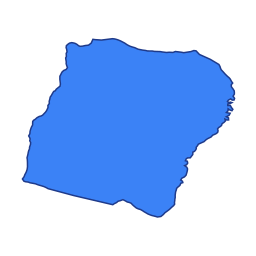 the district of Eldorado, Mato Grosso do Sul, Brazil, rotated 267°
{"feature_id": "56859067B95326418137192", "entity_name": "Eldorado", "entity_type": "district", "adm_level": 2, "iso_a3": "BRA", "parent_name": "Brazil", "parent_adm1": "Mato Grosso do Sul", "projection": "robinson", "projection_center": [-54.224, -23.74], "detail": "fine", "context": "isolated", "style": "filled", "palette": "blue", "viewbox_px": 256, "rotation_deg": 267, "n_neighbors": 0, "source": "geoboundaries", "source_scale": "gbopen_adm2", "svg_char_len": 3203}
<svg xmlns="http://www.w3.org/2000/svg" viewBox="0 0 256 256"><g transform="rotate(267 128 128)"><path d="M202.2,165.9L202.6,164.3L203.1,158.4L203.6,156.3L203.9,151.6L204.5,149.6L205.0,146.8L206.2,142.1L207.8,139.1L208.8,136.2L209.7,134.0L211.1,131.6L213.0,129.1L215.3,125.2L216.5,122.7L217.1,121.1L217.6,119.5L218.0,117.2L217.2,106.0L218.0,99.6L218.4,97.6L214.7,95.7L212.8,92.9L212.6,89.6L212.1,86.7L212.1,84.3L212.8,82.9L214.1,81.5L215.1,80.0L215.7,78.4L216.2,76.2L215.8,74.0L214.8,72.4L213.5,70.8L211.5,70.4L209.6,70.9L207.2,71.1L205.8,70.2L204.1,70.2L202.6,70.2L201.2,69.4L199.1,69.6L197.2,69.8L195.5,69.6L193.7,70.0L191.5,70.7L189.7,69.3L188.9,67.0L187.6,65.3L186.3,64.4L184.6,63.5L183.3,62.7L181.7,62.6L180.1,62.5L178.6,62.6L175.5,62.8L173.3,62.3L172.2,60.7L170.5,58.4L169.0,57.3L168.4,55.7L166.5,54.4L164.4,53.1L162.9,51.9L161.2,51.5L158.8,50.7L156.6,50.7L154.7,49.2L152.7,49.2L151.1,48.4L149.5,47.5L148.1,46.4L146.7,44.9L145.2,43.3L144.5,41.7L144.2,40.0L143.1,37.7L141.6,35.9L140.7,34.2L139.6,33.2L137.7,33.0L136.0,32.9L133.9,31.6L131.8,30.7L129.7,30.0L127.4,29.7L125.3,28.4L123.7,29.2L122.2,29.7L120.4,29.2L118.7,30.0L116.8,29.8L114.1,28.7L112.2,28.5L110.7,27.7L109.2,27.2L107.0,26.7L103.5,25.6L101.8,25.8L99.1,25.8L94.5,25.6L91.9,25.1L89.2,24.0L86.7,22.5L84.8,21.7L82.6,19.9L80.3,21.3L79.7,22.8L79.2,25.6L78.4,27.3L77.9,29.5L77.1,32.7L76.3,34.4L75.6,36.2L75.0,38.0L73.9,41.0L72.7,43.3L71.6,45.0L63.4,70.2L52.2,108.8L53.2,110.4L54.1,112.6L55.4,114.3L55.8,116.4L56.7,119.2L55.4,121.5L54.2,123.3L53.5,125.6L52.6,127.3L51.2,128.4L49.5,130.1L47.7,132.1L46.7,134.0L45.9,136.3L44.6,138.3L43.6,139.6L42.3,141.6L41.1,143.4L40.3,145.1L39.5,146.9L38.2,151.1L37.6,152.7L37.9,156.2L39.7,158.7L41.5,160.5L42.5,162.1L43.5,163.6L44.6,165.2L46.5,167.4L48.1,169.5L49.5,170.6L51.1,170.5L53.0,170.9L54.6,171.1L56.1,171.5L58.5,171.6L60.1,171.9L61.7,172.2L63.7,173.0L65.2,173.4L66.6,175.0L67.9,176.8L70.0,177.8L70.6,179.9L72.0,179.6L73.3,177.9L75.1,179.2L76.2,181.8L77.8,183.5L80.9,184.6L82.7,185.1L84.1,185.3L85.7,184.7L87.5,182.6L88.2,184.6L89.8,185.8L91.7,185.5L92.3,183.6L94.0,184.4L95.0,185.8L95.0,188.7L96.6,190.0L98.1,191.3L100.5,191.5L101.2,193.2L102.4,194.3L103.7,195.1L105.2,195.1L106.8,196.6L108.1,197.3L108.7,198.8L109.6,201.1L110.4,203.2L112.1,205.2L113.2,207.0L114.0,208.9L114.7,210.5L116.4,212.2L117.2,214.4L117.8,215.8L118.9,217.3L120.5,217.8L122.5,217.4L123.8,218.7L124.6,220.2L125.6,221.5L127.4,222.2L128.6,224.2L129.9,225.6L131.8,225.3L130.8,227.1L130.8,228.9L132.9,228.9L134.1,226.8L135.4,229.6L137.4,230.8L137.8,228.7L138.3,227.1L140.0,228.8L141.9,229.0L140.8,230.3L139.8,232.7L141.2,233.7L143.0,232.4L145.1,231.4L145.2,228.8L146.7,228.9L147.1,231.3L147.9,233.1L148.5,231.6L148.1,230.0L149.2,228.7L150.6,229.7L151.7,232.1L150.4,233.5L150.4,235.4L152.0,236.0L154.3,234.6L156.3,236.0L158.1,236.1L159.6,236.0L161.7,234.8L163.7,233.4L165.8,233.4L167.4,234.9L169.1,233.8L171.6,232.6L172.9,231.6L174.3,230.1L176.7,227.9L178.2,226.7L179.8,225.4L181.2,224.2L182.6,223.6L184.6,223.1L186.7,222.1L192.3,213.7L197.7,203.2L201.5,200.0L201.9,197.8L201.0,194.8L200.3,187.6L200.9,185.1L201.9,179.3L201.1,176.9L201.5,173.0L201.4,170.4L202.2,165.9Z" fill="#3b82f6" stroke="#1e3a8a" stroke-width="1.5"/></g></svg>